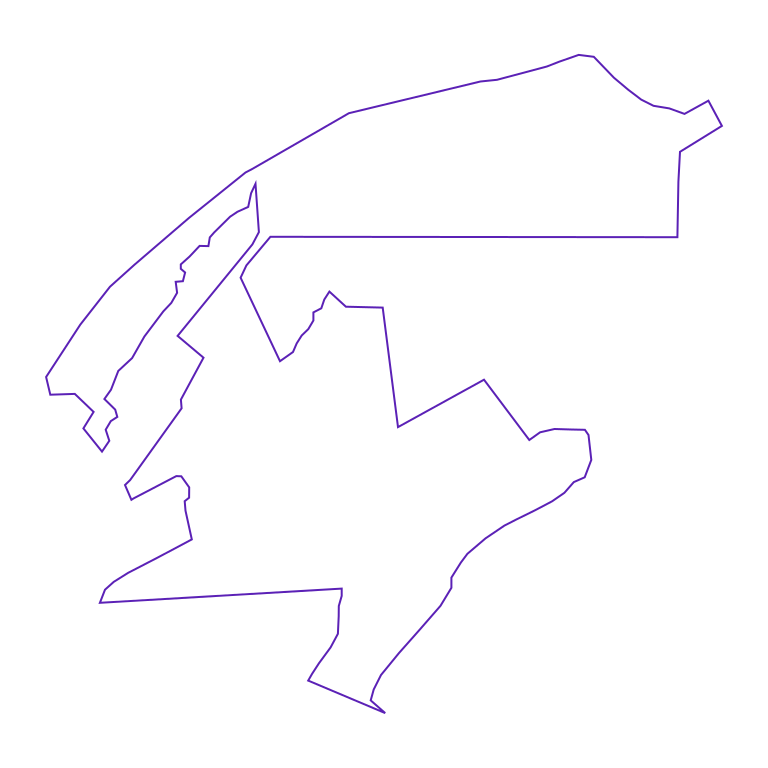 Sergeli, Tashkent, Uzbekistan (orthographic projection)
{"feature_id": "79887680B58716268454454", "entity_name": "Sergeli", "entity_type": "district", "adm_level": 2, "iso_a3": "UZB", "parent_name": "Uzbekistan", "parent_adm1": "Tashkent", "projection": "orthographic", "projection_center": [69.201, 41.185], "detail": "fine", "context": "isolated", "style": "outline", "palette": "violet", "viewbox_px": 768, "rotation_deg": 0, "n_neighbors": 0, "source": "geoboundaries", "source_scale": "gbopen_adm2", "svg_char_len": 1719}
<svg xmlns="http://www.w3.org/2000/svg" viewBox="0 0 768 768"><path d="M677.4,237.2L678.4,181.7L680.0,151.8L721.9,125.9L708.4,100.7L684.5,113.9L669.3,108.4L653.5,105.8L641.2,99.6L628.3,89.8L613.9,77.7L593.8,56.8L578.7,54.9L559.2,61.7L546.9,66.5L497.0,79.8L480.4,81.5L348.9,113.2L252.0,169.1L245.5,172.5L189.0,217.9L134.6,264.6L110.0,286.7L80.3,324.6L46.1,377.0L50.3,394.7L74.8,393.9L93.6,411.9L83.4,428.4L102.0,451.6L109.3,440.8L105.7,429.7L110.8,421.1L117.3,416.9L115.2,409.6L104.4,399.0L111.0,389.7L118.3,370.9L132.1,358.1L144.4,336.5L163.3,311.4L171.3,302.9L177.1,292.8L175.7,281.8L182.9,281.2L185.1,272.5L180.8,268.8L180.8,264.4L189.5,256.6L199.6,245.9L208.4,246.1L209.8,237.4L214.2,232.4L222.1,224.6L230.1,216.7L237.4,211.8L248.2,206.9L251.1,193.2L255.5,183.8L258.9,232.1L252.4,244.4L177.6,335.9L203.5,357.7L180.9,399.6L181.6,408.3L130.1,480.1L125.0,485.0L131.4,499.8L133.6,498.4L176.3,476.1L181.3,476.3L189.2,487.4L189.1,497.7L184.7,501.2L185.5,510.7L191.8,539.4L157.8,557.5L128.2,572.8L113.7,581.9L105.0,589.7L99.9,602.8L341.7,588.6L341.7,595.9L338.8,606.0L338.7,616.3L337.9,633.8L330.6,647.4L319.0,663.2L312.1,673.8L308.2,680.6L385.2,713.1L370.7,700.4L373.7,689.5L381.0,675.0L399.1,652.9L418.7,630.8L440.5,605.8L451.4,587.8L451.4,577.6L460.9,562.5L467.4,553.8L485.6,538.3L504.4,525.6L516.7,519.3L534.8,510.4L552.1,501.3L564.4,492.8L573.8,482.1L584.7,477.3L591.3,459.9L588.5,435.0L584.9,429.8L571.2,429.5L554.5,429.0L540.1,432.3L529.3,440.0L484.0,379.7L398.0,427.1L382.7,307.6L345.9,306.7L329.4,291.6L324.3,299.5L321.3,308.3L313.4,312.4L313.4,320.5L308.3,329.1L301.7,335.5L296.7,343.4L293.0,352.0L280.0,361.2L240.6,277.7L246.4,265.4L270.4,236.8L677.4,237.2Z" fill="none" stroke="#5b21b6" stroke-width="2"/></svg>